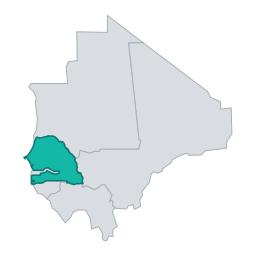 Senegal shown with its bordering countries
{"feature_id": "SEN", "entity_name": "Senegal", "entity_type": "country or territory", "adm_level": 0, "iso_a3": "SEN", "parent_name": "Africa", "parent_adm1": "", "projection": "natural_earth1", "projection_center": [-14.381, 14.503], "detail": "fine", "context": "with_neighbors", "style": "filled", "palette": "teal", "viewbox_px": 256, "rotation_deg": 0, "n_neighbors": 5, "source": "natural_earth", "source_scale": "50m", "svg_char_len": 4849}
<svg xmlns="http://www.w3.org/2000/svg" viewBox="0 0 256 256"><path d="M82.3,187.3L81.3,175.4L77.7,172.2L75.3,158.9L78.6,156.8L80.1,150.2L89.9,153.1L95.2,150.9L98.9,151.6L100.3,149.1L138.7,149.0L140.7,141.1L139.0,139.7L128.5,42.8L142.9,42.6L207.6,91.6L210.0,96.9L220.4,101.9L220.7,109.1L231.2,108.0L231.9,133.8L226.9,141.3L226.3,148.2L204.8,150.9L201.3,154.9L189.1,155.4L186.7,153.3L181.5,154.9L172.6,159.5L170.8,163.0L163.5,168.0L162.2,170.9L158.2,173.2L153.6,171.7L151.0,174.4L149.6,182.1L142.1,191.4L142.4,195.2L139.8,199.9L140.5,206.4L134.3,209.5L132.8,204.7L128.3,205.7L126.6,209.0L115.2,208.2L112.3,205.0L112.8,201.7L111.6,200.4L109.5,201.5L111.9,195.0L104.6,184.7L102.7,184.4L94.7,189.9L86.3,185.8L82.3,187.3Z" fill="#d9dde1" stroke="#a8b0b8" stroke-width="1"/><path d="M28.8,87.3L30.9,83.5L67.9,83.6L66.1,67.4L68.4,61.6L77.2,60.6L76.8,31.8L107.5,32.4L107.3,15.4L142.9,42.6L128.5,42.8L139.0,139.7L140.7,141.1L138.7,149.0L100.3,149.1L98.9,151.6L95.2,150.9L89.9,153.1L80.1,150.2L78.6,156.8L75.3,158.9L63.2,142.9L52.3,136.7L47.0,136.8L42.4,139.2L37.6,138.3L34.4,141.9L33.5,135.8L36.2,130.3L37.4,119.7L35.3,103.1L36.2,97.5L33.8,92.1L28.8,87.3Z" fill="#d9dde1" stroke="#a8b0b8" stroke-width="1"/><path d="M60.7,181.6L72.3,184.5L81.7,183.2L82.3,187.3L86.3,185.8L94.7,189.9L102.7,184.4L104.6,184.7L111.9,195.0L109.5,201.5L111.6,200.4L112.8,201.7L112.3,205.0L115.2,208.2L113.3,209.1L112.6,212.9L117.2,226.5L112.8,229.4L113.0,236.4L108.7,236.1L106.8,240.6L104.0,240.6L102.2,238.2L102.8,233.7L98.7,226.9L91.5,229.0L90.4,218.7L85.6,210.0L77.9,210.0L73.0,212.4L70.3,217.9L65.1,222.8L57.2,211.8L52.3,208.1L49.8,200.7L47.0,198.9L51.3,193.5L54.2,193.7L60.3,190.3L59.5,186.6L60.7,181.6Z" fill="#d9dde1" stroke="#a8b0b8" stroke-width="1"/><path d="M32.2,183.9L43.0,181.1L60.7,181.6L59.5,186.6L60.3,190.3L54.2,193.7L51.3,193.5L47.0,198.9L41.9,194.2L37.9,193.5L32.2,183.9Z" fill="#d9dde1" stroke="#a8b0b8" stroke-width="1"/><path d="M31.9,170.3L42.3,170.0L44.5,167.3L47.5,167.2L51.3,169.9L57.4,168.1L59.3,171.3L55.2,173.8L46.9,171.3L39.4,175.5L30.6,175.3L31.9,170.3Z" fill="#d9dde1" stroke="#a8b0b8" stroke-width="1"/><path d="M74.3,156.7L75.2,158.5L75.0,159.4L74.8,160.6L75.3,161.6L75.9,162.2L76.3,162.7L76.8,163.5L76.9,165.0L76.8,166.1L77.1,166.6L77.4,167.2L77.3,167.7L77.2,168.1L76.6,168.8L76.5,169.9L77.4,171.3L78.0,172.0L78.0,172.4L78.2,172.9L78.6,173.4L78.9,173.3L79.2,172.9L79.3,172.6L80.1,172.7L80.5,172.8L81.0,173.7L81.2,174.3L81.3,175.1L81.9,176.0L82.4,176.7L82.4,177.1L82.9,177.6L82.6,178.9L82.6,179.5L82.4,181.1L82.3,181.9L82.3,182.2L83.0,182.8L82.9,183.6L82.3,183.5L81.1,183.4L78.9,183.8L78.1,183.7L76.6,183.7L75.6,184.0L74.3,184.5L73.2,184.4L72.7,183.9L71.9,184.0L71.1,183.7L70.2,183.3L69.4,183.1L68.5,182.3L68.1,182.2L67.8,182.4L67.6,182.7L67.3,182.8L66.9,182.7L66.7,182.2L66.8,181.7L66.9,181.3L66.7,181.1L66.1,181.0L65.3,181.0L63.9,180.9L63.6,180.8L60.5,180.6L57.2,180.6L54.5,180.6L51.1,180.6L48.7,180.6L46.4,180.6L44.7,181.6L42.8,182.7L40.2,183.3L37.3,183.0L36.4,183.2L35.4,183.7L34.7,184.1L33.7,184.3L32.4,184.1L31.9,184.2L31.5,183.7L31.2,182.9L31.4,182.3L32.2,181.9L33.4,181.4L34.0,181.7L34.4,181.7L34.4,181.3L34.3,181.2L33.4,180.7L33.0,180.2L32.6,180.5L32.2,181.2L32.0,181.4L31.6,181.6L31.3,181.1L31.2,180.7L31.4,180.3L31.3,178.3L31.4,177.2L31.4,176.3L32.0,175.6L32.5,175.2L34.6,175.2L36.5,175.2L38.4,175.2L40.3,175.2L40.5,173.3L41.1,173.2L42.0,173.0L43.7,172.8L45.5,172.5L45.9,172.2L46.3,171.5L46.5,171.0L46.8,170.7L47.4,170.9L48.1,171.2L48.8,171.7L49.6,172.1L50.1,172.4L51.4,173.0L53.7,174.0L55.5,174.3L57.7,173.7L59.3,173.2L59.5,172.4L59.3,171.6L58.1,170.9L56.5,171.0L56.0,171.2L55.2,171.4L54.7,171.5L54.0,171.3L53.0,170.7L52.4,170.1L51.5,169.8L50.5,169.5L48.9,168.2L48.1,167.9L47.3,167.9L45.7,168.1L44.2,168.8L43.4,170.4L41.9,170.4L38.7,170.3L35.8,170.3L33.3,170.4L33.1,169.3L32.5,168.3L31.6,167.6L31.4,166.8L31.7,166.2L32.6,165.7L32.8,165.3L32.3,165.4L31.6,165.7L31.1,165.7L31.1,164.7L30.3,163.4L29.4,161.3L28.4,160.4L27.6,158.6L26.7,157.9L25.9,157.6L25.2,157.7L24.9,158.5L24.1,157.3L25.2,156.9L27.8,155.4L30.7,151.3L33.3,146.3L33.7,145.2L34.0,144.3L34.2,142.3L34.6,141.1L34.9,140.8L35.4,139.9L35.9,138.3L36.5,137.4L37.2,137.2L37.7,137.3L38.1,137.6L39.2,137.9L41.0,137.9L42.4,137.7L43.4,137.1L44.7,136.8L46.3,136.8L47.2,136.6L47.2,136.1L47.4,136.0L47.8,136.2L48.1,136.1L48.4,135.8L48.7,135.8L49.0,136.0L50.3,136.1L52.8,136.0L55.0,136.9L57.0,138.7L58.1,139.9L58.2,140.5L58.5,141.1L59.1,141.7L59.7,141.8L60.2,141.4L60.6,141.5L60.9,141.9L61.4,142.0L62.1,141.8L62.6,141.9L62.6,142.1L62.7,142.3L63.1,142.3L63.5,142.7L64.1,143.7L64.6,145.0L64.9,146.7L65.4,147.7L66.0,147.8L66.4,148.2L66.5,148.6L66.6,148.9L66.9,149.0L67.5,148.9L68.1,149.5L68.7,150.8L68.8,151.3L68.7,151.6L68.8,151.9L69.2,152.1L69.6,152.5L69.9,153.1L70.7,153.7L71.8,154.1L72.6,154.9L73.1,155.8L74.1,156.6L74.3,156.7Z" fill="#14b8a6" stroke="#0f766e" stroke-width="1.5"/></svg>